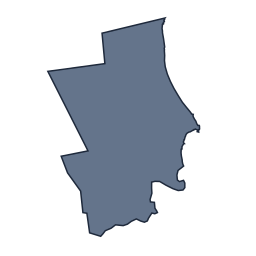 outline of Juan L. Lacaze, Colonia, Uruguay, rotated 260°
{"feature_id": "84410073B83500791837545", "entity_name": "Juan L. Lacaze", "entity_type": "district", "adm_level": 2, "iso_a3": "URY", "parent_name": "Uruguay", "parent_adm1": "Colonia", "projection": "albers", "projection_center": [-57.44, -34.396], "detail": "fine", "context": "isolated", "style": "filled", "palette": "slate", "viewbox_px": 256, "rotation_deg": 260, "n_neighbors": 0, "source": "geoboundaries", "source_scale": "gbopen_adm2", "svg_char_len": 2045}
<svg xmlns="http://www.w3.org/2000/svg" viewBox="0 0 256 256"><g transform="rotate(260 128 128)"><path d="M31.4,72.0L26.1,82.3L28.1,84.9L30.8,87.8L32.3,94.1L34.8,98.9L32.7,106.3L33.4,110.8L35.5,115.0L37.0,120.4L35.6,122.4L34.2,124.3L32.4,127.8L33.1,130.9L35.7,132.6L40.1,136.7L38.9,139.5L39.6,142.3L41.5,141.8L44.3,140.6L50.2,141.1L51.3,137.3L53.7,137.3L59.6,140.2L64.7,140.8L70.6,141.9L70.8,145.3L69.8,150.0L64.9,155.7L60.4,161.8L57.7,166.6L57.4,171.4L59.4,173.6L63.9,174.4L66.8,173.6L66.3,169.4L68.2,167.6L73.2,168.0L77.5,169.9L80.9,176.2L82.8,175.7L85.2,175.6L87.3,175.8L91.1,175.7L94.2,175.9L97.9,176.7L98.3,177.1L98.0,177.4L98.7,177.7L99.7,177.8L100.3,177.9L100.6,178.2L102.1,179.4L102.6,180.0L102.7,180.3L102.8,180.6L102.8,180.8L103.8,180.2L104.6,180.1L105.3,180.4L105.5,180.7L106.7,181.1L106.7,181.5L108.5,182.3L109.5,182.8L109.9,183.2L110.4,183.4L111.6,184.1L112.7,185.4L113.2,186.8L113.4,187.4L113.4,188.5L114.2,190.7L114.5,191.5L114.8,192.2L114.6,192.2L114.9,193.2L115.3,194.1L114.8,194.8L114.4,195.4L114.1,195.9L114.1,196.0L113.8,196.3L113.6,196.1L113.4,196.2L112.4,195.5L111.8,196.7L111.7,196.9L112.9,197.0L114.1,197.3L114.0,197.8L114.2,198.1L114.9,198.4L115.6,198.4L116.4,198.6L117.3,198.7L117.9,198.7L118.1,198.6L118.3,198.4L118.4,197.2L119.4,196.8L120.6,196.4L123.0,196.0L125.2,195.0L127.7,194.2L128.9,194.2L129.5,194.4L129.9,194.5L130.1,194.6L130.8,193.0L131.0,193.0L132.6,192.3L138.8,188.8L143.9,186.0L151.3,183.0L159.0,180.1L166.6,177.8L174.2,176.1L181.8,175.3L187.9,175.6L193.0,176.7L195.6,177.0L197.8,177.2L198.6,177.5L200.2,177.5L201.4,178.2L209.9,178.5L213.9,178.5L215.8,178.5L217.7,178.8L218.8,178.8L220.0,178.8L221.5,179.2L222.7,179.6L223.4,179.7L224.2,179.9L224.4,180.3L224.2,180.6L224.4,181.1L225.0,181.2L225.3,180.9L226.2,181.6L226.4,182.3L226.8,182.3L227.2,182.2L227.6,182.0L228.4,182.4L228.4,182.8L228.8,183.0L229.6,183.2L229.9,183.5L225.9,118.9L195.4,116.4L197.7,58.9L115.9,83.6L112.4,84.6L111.8,57.3L94.3,60.7L74.1,70.4L52.5,68.9L51.2,72.7L31.4,72.0Z" fill="#64748b" stroke="#1e293b" stroke-width="1.5"/></g></svg>